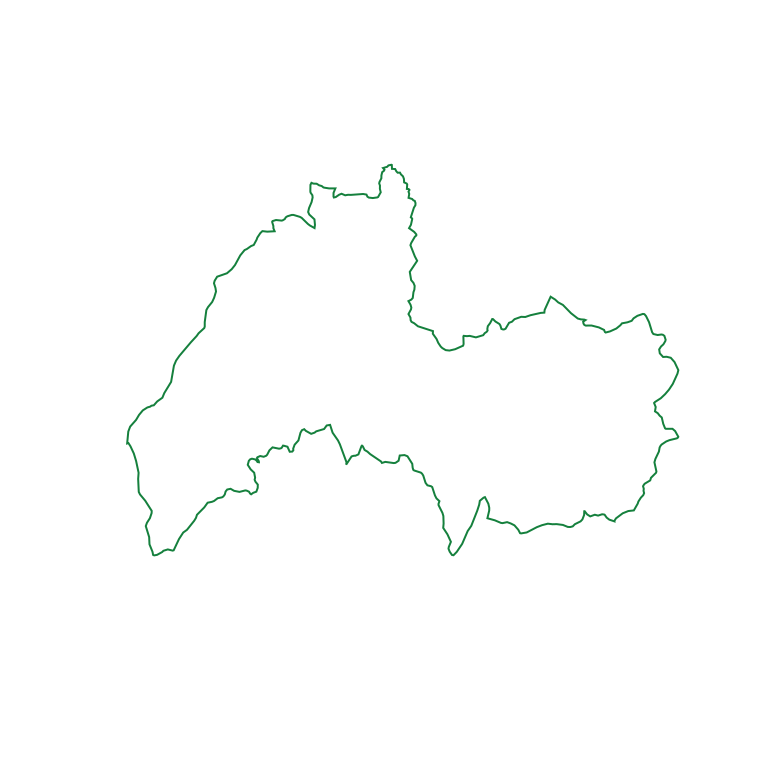 outline of Van Ho, Son La, Vietnam, rotated 248°
{"feature_id": "81297802B72197288944143", "entity_name": "Van Ho", "entity_type": "district", "adm_level": 2, "iso_a3": "VNM", "parent_name": "Vietnam", "parent_adm1": "Son La", "projection": "mercator", "projection_center": [104.865, 20.809], "detail": "fine", "context": "isolated", "style": "outline", "palette": "green", "viewbox_px": 768, "rotation_deg": 248, "n_neighbors": 0, "source": "geoboundaries", "source_scale": "gbopen_adm2", "svg_char_len": 6166}
<svg xmlns="http://www.w3.org/2000/svg" viewBox="0 0 768 768"><g transform="rotate(248 384 384)"><path d="M425.1,123.6L425.0,124.9L421.2,125.6L413.3,126.0L405.4,125.3L393.6,123.2L388.1,120.5L375.8,116.2L373.0,116.4L365.2,118.9L353.4,121.1L351.4,120.2L347.3,116.7L344.1,112.2L341.5,109.9L330.0,108.9L323.2,106.5L315.2,106.5L312.0,105.9L311.2,106.7L310.6,109.6L311.3,115.4L312.0,117.0L311.6,121.6L308.7,125.6L308.6,126.7L317.0,135.8L321.5,142.2L322.6,146.7L328.3,156.8L330.3,159.5L332.8,161.6L336.9,171.1L340.0,176.0L339.2,180.4L339.2,182.6L340.4,187.0L339.6,191.3L339.9,192.9L341.2,195.0L343.7,196.9L344.9,199.1L344.3,202.5L341.1,205.0L338.1,209.6L337.3,215.5L336.6,216.7L334.7,218.5L332.6,218.8L331.5,219.5L332.1,222.0L332.0,225.3L335.0,228.0L338.0,229.3L341.6,228.2L343.7,228.2L345.4,229.4L350.4,230.4L354.8,228.4L360.1,227.4L363.4,229.9L364.3,231.8L364.2,233.6L362.4,236.2L360.8,237.1L359.0,237.5L358.3,238.7L359.3,239.0L362.9,238.4L363.5,239.2L363.6,242.2L361.6,245.2L361.6,247.9L362.2,249.2L365.4,252.9L367.0,256.9L363.3,262.5L363.0,264.4L363.2,265.3L364.7,267.3L364.3,268.0L362.0,271.0L356.5,271.2L355.7,273.7L356.5,275.1L358.1,275.6L361.2,278.4L363.7,283.5L370.1,288.3L371.9,290.6L372.0,293.1L369.8,294.0L365.1,297.8L364.9,301.4L365.5,303.4L364.7,311.6L367.0,315.3L366.3,318.7L358.1,318.1L348.9,320.2L344.6,320.5L325.4,319.9L323.4,318.7L329.0,326.8L328.8,329.0L328.2,330.7L328.3,333.9L334.8,339.8L335.1,340.5L334.2,341.0L330.1,341.3L327.5,343.3L324.2,344.9L313.3,352.2L311.6,352.5L311.3,356.0L307.0,363.5L306.6,365.2L307.4,368.8L311.8,371.8L310.4,376.4L308.2,378.7L299.4,380.3L295.6,379.2L293.4,379.0L292.5,379.6L288.0,385.0L286.6,385.7L284.4,386.1L276.8,385.5L273.8,386.3L271.6,389.3L270.4,390.1L261.6,389.5L258.3,389.8L254.6,391.5L252.4,389.6L251.2,389.2L242.6,389.9L239.4,389.6L232.3,387.0L228.4,385.0L220.9,386.5L212.6,386.9L208.6,383.0L207.1,382.1L203.9,382.1L200.0,383.0L199.2,384.3L201.1,388.6L206.5,396.6L216.3,406.5L219.8,411.8L231.6,423.0L236.5,427.1L239.8,429.1L241.3,433.7L241.3,435.2L233.9,435.9L229.7,435.2L227.2,434.1L220.8,429.6L216.1,435.7L211.4,440.4L210.6,441.8L209.8,446.4L207.3,449.2L204.1,452.0L198.6,453.9L194.7,454.3L194.1,455.2L192.9,460.7L194.0,472.1L193.9,477.7L193.1,483.6L190.8,487.8L189.4,491.6L186.3,497.1L182.6,500.9L181.6,503.2L181.3,505.7L182.5,508.4L183.0,514.8L184.1,517.2L187.6,520.5L191.0,522.0L190.9,522.4L187.0,523.5L184.0,525.6L183.8,530.5L181.8,533.2L181.5,537.4L180.6,539.1L180.1,539.6L176.7,540.4L173.8,542.1L170.3,546.2L170.7,546.3L172.5,548.7L174.7,556.9L174.7,562.9L173.2,568.3L178.1,574.5L179.7,575.8L182.4,579.6L183.8,582.7L185.4,584.3L187.7,584.6L189.5,585.6L192.2,585.9L193.3,587.3L193.9,588.4L194.9,594.7L197.0,596.4L199.8,603.0L200.8,603.8L210.1,605.4L212.9,607.6L218.4,613.6L221.9,615.8L223.2,617.4L223.9,618.8L225.0,624.1L225.0,627.7L223.9,635.2L224.2,636.4L224.8,637.1L231.3,636.3L234.4,634.7L236.9,628.5L237.6,628.0L242.5,628.0L248.9,629.0L251.4,627.7L254.4,626.9L257.1,625.0L260.9,627.3L265.2,627.3L265.8,628.5L267.1,635.3L269.3,640.9L272.0,646.1L275.9,651.8L283.7,660.0L286.6,662.1L295.5,661.6L300.9,659.7L303.4,656.2L304.5,652.9L309.1,651.2L313.0,652.1L315.0,654.9L316.1,657.9L318.4,660.9L319.5,661.7L323.6,662.0L325.2,661.0L326.0,659.7L326.9,656.1L329.4,652.5L331.5,652.0L342.0,652.9L348.8,652.4L351.2,651.6L352.0,650.3L352.3,644.5L351.4,640.0L349.8,637.3L350.0,632.8L351.1,627.4L349.9,625.1L348.4,620.2L348.1,613.2L348.7,608.8L349.5,608.3L351.7,608.3L356.0,604.4L360.5,598.3L362.6,592.9L363.7,591.9L365.2,591.6L367.2,592.0L367.8,594.8L368.7,593.8L370.2,590.7L372.1,588.2L379.6,583.9L390.3,579.5L394.4,576.1L398.2,574.3L402.5,571.2L392.5,560.7L390.1,559.4L391.2,556.0L392.9,545.6L393.2,540.1L394.9,536.4L395.2,529.3L393.8,525.9L393.9,522.9L389.7,517.4L389.6,516.0L389.9,514.9L391.1,513.5L394.6,513.8L396.4,513.5L400.2,510.7L403.3,509.4L403.7,508.7L400.7,505.2L398.7,501.9L396.3,500.4L394.8,500.1L393.9,498.7L393.4,496.4L392.1,494.3L392.8,486.7L396.5,481.5L397.3,478.8L398.8,475.9L398.3,475.4L391.3,472.8L389.9,471.7L389.6,463.0L390.5,457.2L392.3,453.9L395.5,451.5L397.5,450.6L401.9,449.7L406.0,449.6L412.3,448.1L414.7,449.2L424.8,437.1L429.1,434.7L431.3,432.8L433.2,432.6L435.7,433.4L439.7,432.9L443.1,437.0L444.7,438.0L447.6,438.3L451.7,437.7L452.0,440.9L453.0,442.9L458.1,445.7L460.1,447.5L463.5,449.2L466.7,449.2L470.2,448.1L478.3,449.9L485.8,460.9L490.7,460.4L502.8,460.5L504.6,462.1L509.0,467.8L509.6,469.6L510.6,470.0L513.7,469.0L519.1,465.6L521.5,468.6L526.3,471.9L526.9,472.1L528.5,471.3L536.3,477.8L538.0,480.1L540.0,481.0L542.3,481.1L543.2,480.1L545.0,479.4L547.4,476.5L550.8,478.6L553.2,478.8L554.4,480.3L555.5,479.9L556.3,478.3L560.4,480.3L561.4,480.1L563.4,478.2L566.7,479.3L569.4,479.4L572.1,478.2L574.0,478.0L574.8,475.8L576.6,475.1L579.1,474.9L580.5,472.0L584.2,473.3L584.5,473.0L585.0,470.0L584.2,468.4L584.6,464.0L582.5,464.7L581.7,463.8L581.1,461.7L578.3,459.7L575.7,458.6L573.0,455.5L571.8,454.7L569.5,454.6L566.5,453.3L563.0,452.8L559.6,448.6L559.5,447.7L560.6,443.3L562.5,439.8L563.9,438.8L566.2,438.7L568.0,435.8L571.8,424.0L572.9,421.6L573.5,418.7L576.3,415.9L576.3,413.3L575.4,409.3L575.7,407.4L576.7,407.4L580.1,408.8L583.6,412.2L585.9,406.4L588.1,402.7L588.9,401.5L590.9,400.4L592.5,398.3L594.9,396.6L596.3,393.5L597.7,392.1L596.2,390.4L590.3,387.9L589.0,387.6L585.8,388.3L583.7,387.7L579.8,385.0L575.2,380.4L571.9,378.1L569.1,378.2L562.7,381.2L557.4,379.6L554.6,378.0L558.7,374.7L560.9,373.4L568.9,369.9L570.5,368.6L574.6,363.5L575.3,361.9L575.7,357.2L575.3,355.3L574.1,353.8L573.7,351.4L573.8,350.4L576.5,345.3L576.8,341.7L576.2,341.0L571.9,340.6L569.9,339.8L566.6,339.8L569.0,332.8L571.3,328.5L570.2,325.8L567.2,321.4L565.6,320.0L561.7,315.3L561.7,312.4L560.5,307.3L560.4,304.9L557.1,298.9L550.1,290.4L547.5,285.8L545.5,279.9L546.0,269.5L543.2,265.7L541.1,264.1L536.1,263.7L532.7,262.9L527.6,258.8L524.4,255.4L521.2,249.6L519.1,247.0L508.6,241.0L504.4,239.3L503.2,238.3L500.5,231.1L498.7,228.3L495.0,220.5L486.8,204.9L483.6,200.0L479.7,196.1L465.7,187.4L457.9,176.9L454.3,173.4L452.8,167.2L450.5,162.6L451.0,160.2L450.6,158.8L450.9,155.8L449.9,150.5L447.1,145.3L443.6,140.7L439.6,132.7L435.7,129.1L425.1,123.6Z" fill="none" stroke="#15803d" stroke-width="2"/></g></svg>